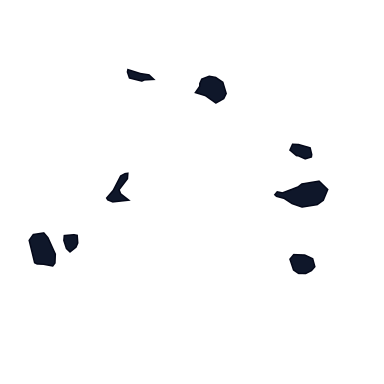 SVG path tracing the border of Cabo Verde, rotated 288°
{"feature_id": "CPV", "entity_name": "Cabo Verde", "entity_type": "country or territory", "adm_level": 0, "iso_a3": "CPV", "parent_name": "Africa", "parent_adm1": "", "projection": "equal_earth", "projection_center": [-23.904, 16.006], "detail": "fine", "context": "isolated", "style": "filled", "palette": "ink", "viewbox_px": 384, "rotation_deg": 288, "n_neighbors": 0, "source": "natural_earth", "source_scale": "50m", "svg_char_len": 1189}
<svg xmlns="http://www.w3.org/2000/svg" viewBox="0 0 384 384"><g transform="rotate(288 192 192)"><path d="M241.6,309.5L236.3,320.3L224.7,319.4L218.7,315.0L211.7,301.3L211.9,290.8L214.4,281.6L214.0,273.7L215.0,271.6L218.5,273.0L219.1,278.3L229.7,291.4L233.6,294.0L241.6,309.5ZM90.7,81.2L82.1,83.6L78.6,82.4L77.4,73.1L75.7,66.9L76.1,64.2L95.7,52.1L102.5,54.2L107.3,63.7L104.0,69.1L90.7,81.2ZM287.6,164.5L294.9,166.7L297.7,165.9L302.4,166.4L307.4,172.6L308.3,179.1L305.9,187.4L296.2,194.1L290.6,193.3L284.0,187.2L287.8,175.0L287.6,164.5ZM165.8,327.4L158.9,331.9L154.2,329.9L149.6,325.3L147.5,318.5L149.2,312.7L158.4,305.9L163.9,308.1L166.9,318.7L165.8,327.4ZM185.2,119.2L188.8,122.7L190.0,125.2L184.7,126.5L171.6,121.9L168.2,124.7L164.7,134.4L158.1,119.7L158.5,114.3L159.9,112.7L169.2,116.6L185.2,119.2ZM264.6,294.3L262.2,294.7L258.5,289.4L259.3,282.0L258.9,280.1L262.1,272.2L268.5,272.9L270.1,278.7L270.5,290.7L264.6,294.3ZM115.3,96.2L108.2,99.1L103.7,98.7L97.3,94.5L99.4,90.1L106.3,85.1L111.1,84.0L114.9,92.9L115.3,96.2ZM290.1,114.9L287.3,120.9L283.9,112.1L282.0,110.0L281.1,97.3L286.2,93.5L288.6,93.2L288.7,106.3L290.1,114.9Z" fill="#0f172a" stroke="#020617" stroke-width="1.5"/></g></svg>